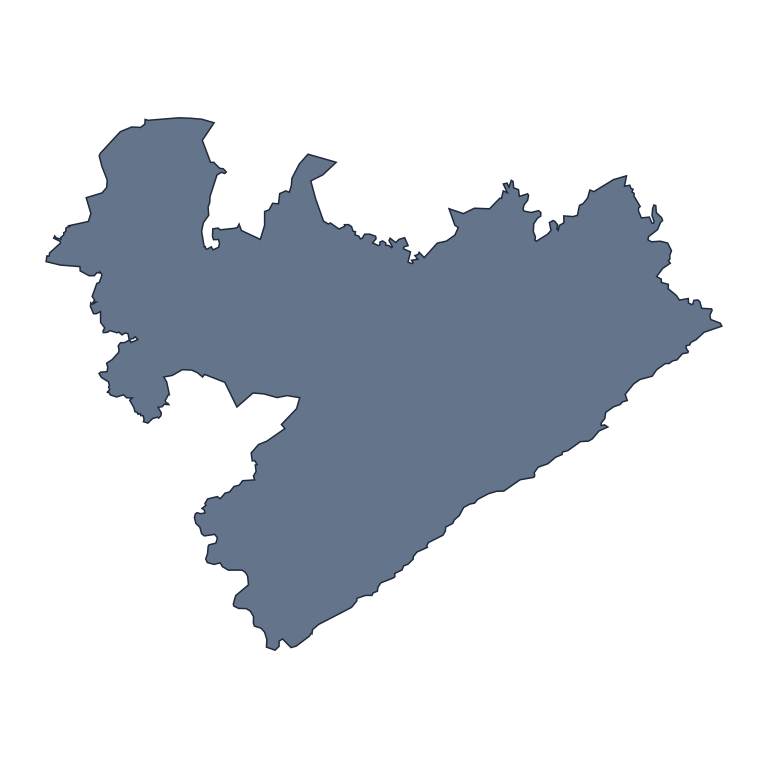 Buffalo City, Eastern Cape, South Africa (Albers equal-area conic projection)
{"feature_id": "47623444B85184421345333", "entity_name": "Buffalo City", "entity_type": "district", "adm_level": 2, "iso_a3": "ZAF", "parent_name": "South Africa", "parent_adm1": "Eastern Cape", "projection": "albers", "projection_center": [27.551, -32.98], "detail": "fine", "context": "isolated", "style": "filled", "palette": "slate", "viewbox_px": 768, "rotation_deg": 0, "n_neighbors": 0, "source": "geoboundaries", "source_scale": "gbopen_adm2", "svg_char_len": 6091}
<svg xmlns="http://www.w3.org/2000/svg" viewBox="0 0 768 768"><path d="M291.0,647.6L296.2,646.1L309.2,636.3L311.1,633.6L312.0,633.9L312.5,629.7L318.5,624.5L351.5,607.4L356.8,601.0L357.0,598.3L365.7,595.4L372.0,595.4L373.1,592.9L377.4,591.2L377.9,587.4L380.8,582.9L393.8,577.7L394.9,576.6L394.7,573.5L402.1,569.9L403.6,565.9L407.9,564.3L413.2,559.1L413.2,556.8L416.9,552.1L427.4,547.3L426.6,545.8L428.7,542.4L443.0,535.2L445.4,531.0L445.7,527.1L452.8,523.3L454.2,520.0L459.2,515.7L463.7,507.4L469.8,504.1L474.6,503.1L477.6,499.4L488.5,493.7L496.6,491.3L503.8,491.1L520.0,479.8L533.8,477.3L534.7,475.9L534.3,472.5L538.2,467.2L548.0,463.7L555.5,457.3L562.1,454.5L562.4,452.1L567.9,450.6L580.4,441.6L588.4,441.1L592.2,439.0L599.1,430.9L607.8,427.0L604.7,424.9L601.2,425.5L601.1,423.2L604.8,418.5L605.7,412.4L613.6,406.8L620.2,404.5L622.2,402.0L627.3,400.5L625.2,394.3L633.7,383.9L639.9,379.5L652.2,376.2L656.6,369.8L665.2,363.6L669.1,363.5L672.6,360.9L677.0,359.9L682.4,353.7L687.9,352.7L688.3,351.4L686.1,348.2L686.3,345.6L689.6,345.0L691.0,342.3L696.2,339.6L704.2,332.2L721.9,326.2L720.3,323.2L710.7,319.5L709.9,315.2L712.1,310.3L711.6,308.9L701.7,308.3L699.8,301.6L697.6,299.9L693.8,300.4L692.9,304.0L691.8,304.5L688.5,303.1L688.3,298.5L679.5,300.1L676.2,295.3L668.1,288.7L668.4,284.4L661.3,282.4L661.3,279.1L656.6,276.6L662.6,268.5L670.3,263.2L668.4,260.6L669.9,259.1L669.8,255.2L671.5,250.7L667.6,243.0L660.3,241.2L651.4,241.8L647.9,239.7L648.6,236.6L657.5,229.7L660.5,222.5L662.6,220.5L661.7,217.8L656.3,212.5L655.8,205.6L654.0,205.0L652.7,208.3L652.0,215.6L654.1,221.5L653.5,223.1L652.0,223.2L649.3,217.1L641.4,217.9L638.5,211.1L638.5,208.1L640.2,206.5L634.0,196.1L634.1,193.4L631.9,191.9L633.1,189.3L630.9,188.4L629.8,185.2L624.5,186.3L626.5,175.8L613.5,179.6L593.9,191.6L589.9,190.0L587.6,198.1L582.9,203.8L579.5,205.3L577.4,215.3L573.1,216.6L563.8,215.9L563.9,222.8L559.4,225.4L558.1,230.4L556.9,228.9L557.6,224.8L555.0,221.5L553.1,220.5L549.4,222.6L551.0,230.4L547.5,234.3L536.4,241.2L535.0,240.3L535.4,236.7L533.3,231.6L533.8,223.8L537.4,218.3L540.7,216.1L540.9,212.7L538.6,210.6L531.3,212.5L524.0,211.1L523.1,209.2L523.9,205.1L527.6,200.3L528.6,195.4L527.6,193.8L519.4,196.4L518.5,189.6L513.7,187.9L513.1,181.5L511.3,180.3L508.9,187.1L507.1,183.1L503.3,184.0L507.3,192.7L503.3,190.9L501.4,198.4L499.9,198.1L489.5,208.8L474.4,208.2L463.4,213.6L449.0,208.7L454.9,225.3L458.3,227.5L454.9,235.1L446.4,241.1L437.3,243.1L424.2,257.6L419.2,252.3L418.5,254.2L414.9,255.6L417.8,259.2L411.5,260.3L413.1,262.8L411.4,263.6L408.0,262.1L410.5,251.9L403.4,248.8L403.9,246.9L408.1,245.6L404.7,237.7L399.1,239.3L395.8,242.6L390.1,238.2L389.0,240.5L392.4,246.8L391.7,247.7L388.9,245.6L385.7,245.1L385.7,242.9L382.5,240.9L379.9,242.2L380.0,244.9L378.4,245.6L372.6,242.9L376.1,238.7L375.6,236.2L369.4,234.1L364.6,234.2L362.5,237.9L360.4,238.9L358.8,236.2L355.0,234.8L355.5,231.7L353.1,231.3L351.5,226.5L348.5,224.6L344.4,224.7L344.7,226.3L339.0,229.0L330.4,223.0L328.3,224.0L323.5,221.1L315.5,198.4L310.8,180.9L322.9,174.8L336.2,162.3L308.0,154.2L299.3,164.0L291.9,178.3L291.4,185.3L289.4,192.2L285.7,190.9L279.7,193.6L278.5,203.8L272.6,203.3L269.1,209.8L264.6,211.5L264.6,225.3L260.3,239.4L241.4,230.5L239.1,224.1L237.6,227.2L235.3,228.2L220.2,229.8L218.3,228.1L212.8,228.8L212.5,236.5L213.5,239.7L218.6,239.5L219.5,243.6L218.6,247.3L213.1,249.8L211.2,246.8L207.2,249.2L205.9,248.8L205.2,246.6L204.2,246.8L201.6,231.4L203.4,222.7L208.7,215.3L208.1,207.1L209.8,202.3L210.0,196.5L217.0,175.0L221.3,172.3L224.8,173.5L226.3,172.0L223.3,168.8L219.5,168.2L213.7,162.3L210.6,162.4L202.3,140.3L214.1,122.8L201.8,119.2L190.1,118.2L178.7,117.8L148.1,120.3L145.1,119.4L144.9,124.1L140.6,127.4L131.7,127.0L120.4,131.6L100.3,153.3L99.2,155.9L101.9,166.4L107.2,179.9L106.7,187.4L102.1,192.9L86.2,197.7L90.9,213.5L88.3,221.5L68.9,225.7L69.8,226.3L66.1,227.7L65.7,231.5L63.8,232.6L63.8,234.9L60.7,237.6L60.9,239.1L56.5,238.0L54.7,236.0L53.7,238.2L60.3,241.4L60.4,243.2L49.6,252.9L49.1,256.2L46.9,255.9L46.1,261.6L60.5,265.1L79.9,266.6L80.2,270.9L89.0,275.7L94.3,275.7L96.9,272.6L99.7,273.0L99.8,272.0L101.6,273.8L101.7,275.8L99.4,282.3L96.8,283.5L92.2,296.4L94.6,300.2L93.1,302.2L96.0,302.2L92.6,304.2L90.8,302.8L90.4,306.4L93.5,313.7L96.1,313.8L100.5,311.6L100.6,322.4L104.7,327.9L103.0,331.0L103.4,332.7L107.7,332.2L109.8,330.6L117.2,332.8L118.9,332.1L122.0,334.9L125.0,333.0L126.9,333.3L128.1,334.0L129.1,339.3L133.3,338.5L135.2,336.8L137.8,339.6L131.0,342.5L130.5,340.9L128.3,340.6L124.6,342.6L120.5,342.7L118.2,345.9L119.1,350.6L118.3,352.8L112.3,359.5L106.6,363.2L107.8,367.5L107.0,371.7L100.7,372.1L99.0,373.5L101.4,377.5L108.4,381.7L109.4,385.4L108.5,387.1L109.8,389.6L106.8,392.6L108.5,392.0L110.5,395.0L116.6,397.0L123.5,394.8L126.7,397.8L132.3,398.0L129.7,400.3L133.8,407.4L135.0,411.8L137.0,412.3L138.1,414.3L140.4,413.7L140.7,415.6L143.1,415.7L144.1,419.3L143.4,421.7L147.9,423.1L152.6,418.5L157.6,417.2L158.7,418.1L160.9,415.8L161.3,412.8L158.0,407.3L162.1,406.7L164.2,404.3L168.8,404.6L167.7,403.1L166.5,403.5L165.2,400.6L168.3,394.9L169.4,394.8L166.7,381.9L163.8,377.0L172.3,375.4L182.3,369.7L191.7,370.1L197.4,372.7L202.6,377.0L204.5,374.4L224.8,382.3L236.9,407.0L253.0,393.0L263.9,393.9L277.2,397.6L287.1,395.6L299.7,397.7L296.6,408.6L281.4,424.5L284.9,428.6L266.8,441.2L258.5,444.5L251.2,453.0L252.2,460.9L254.7,460.7L257.1,464.6L255.2,465.0L256.1,471.4L253.5,475.9L254.6,479.9L242.6,480.7L239.3,485.1L234.0,486.5L229.6,491.9L225.1,493.1L220.3,498.7L217.3,496.6L207.7,498.9L204.9,503.5L205.9,505.4L201.9,508.4L204.4,510.2L204.9,512.9L200.7,513.7L197.0,512.7L195.4,513.8L194.4,517.6L195.9,523.4L199.9,527.3L201.6,533.7L204.4,535.9L214.8,534.4L217.4,537.9L215.9,543.1L209.1,544.8L208.2,546.1L207.5,553.9L205.7,558.9L207.4,562.6L214.0,564.4L220.2,562.9L222.4,566.6L228.2,570.1L242.1,570.1L245.5,572.5L247.6,576.1L248.5,584.8L235.7,595.6L233.3,604.0L233.8,606.1L238.6,608.4L246.2,608.6L250.3,611.1L253.5,616.6L253.4,623.2L254.4,626.1L261.0,628.2L264.5,632.0L266.9,639.5L266.4,647.1L275.1,650.2L279.1,646.3L279.1,641.2L282.5,638.9L291.0,647.6Z" fill="#64748b" stroke="#1e293b" stroke-width="1.5"/></svg>